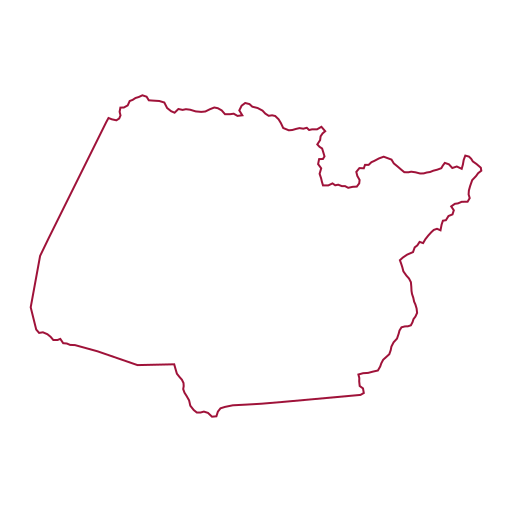 Piritiba, Bahia, Brazil
{"feature_id": "56859067B29838999059805", "entity_name": "Piritiba", "entity_type": "district", "adm_level": 2, "iso_a3": "BRA", "parent_name": "Brazil", "parent_adm1": "Bahia", "projection": "albers", "projection_center": [-40.538, -11.695], "detail": "fine", "context": "isolated", "style": "outline", "palette": "rose", "viewbox_px": 512, "rotation_deg": 0, "n_neighbors": 0, "source": "geoboundaries", "source_scale": "gbopen_adm2", "svg_char_len": 3129}
<svg xmlns="http://www.w3.org/2000/svg" viewBox="0 0 512 512"><path d="M135.5,98.0L132.6,99.9L129.7,101.0L127.7,105.4L123.9,107.5L120.4,107.6L119.6,111.8L120.5,115.4L119.2,118.5L116.4,120.3L111.8,119.3L108.5,118.0L106.3,122.0L48.7,238.1L40.1,255.9L30.7,307.3L36.2,329.5L39.1,332.9L42.9,332.3L47.4,334.2L50.6,336.8L53.3,340.0L57.5,340.0L60.3,338.9L63.2,343.2L66.8,343.5L70.1,344.9L75.0,345.1L97.5,351.3L137.5,365.1L174.2,364.3L175.4,368.6L176.9,373.7L179.6,377.1L181.9,379.7L183.5,383.0L183.7,386.1L183.2,389.1L184.5,392.7L186.6,396.0L189.1,400.4L190.3,405.7L193.7,410.0L196.8,412.5L200.6,412.5L203.9,411.6L208.0,412.9L212.0,416.7L216.4,416.3L217.9,411.6L220.5,408.3L225.0,406.9L232.8,405.3L246.3,404.6L258.5,403.9L261.7,403.7L281.9,402.0L360.5,394.9L363.8,393.0L363.0,388.4L359.7,386.0L359.2,381.4L359.3,378.0L358.4,374.5L363.1,373.2L368.1,372.9L373.0,371.6L377.9,370.5L380.2,366.5L381.3,363.3L383.2,359.7L386.0,357.2L389.3,354.2L390.7,350.2L391.4,346.6L393.6,342.3L397.0,338.6L398.7,333.6L399.5,330.5L401.5,327.3L404.9,326.4L407.9,326.3L410.9,325.3L412.5,322.2L413.5,319.1L415.4,316.6L417.1,312.9L416.6,308.5L415.4,304.5L414.1,301.6L413.3,297.8L412.0,293.9L411.5,290.8L411.3,286.7L410.9,282.2L409.0,278.5L406.4,275.6L403.4,271.4L402.3,267.2L401.1,263.5L399.9,260.2L402.9,257.5L407.2,254.6L413.0,252.1L414.7,247.4L417.3,245.4L419.6,241.9L423.1,243.1L425.3,239.3L428.3,235.5L431.4,232.1L433.8,229.9L437.0,228.8L440.5,230.3L441.6,224.6L442.9,220.7L445.9,220.2L448.5,216.0L452.5,214.4L453.8,210.3L451.2,206.4L454.9,203.8L457.9,203.4L461.7,201.8L467.6,201.7L469.7,198.1L468.6,194.4L468.9,190.4L470.1,186.1L472.2,180.1L476.1,176.0L478.1,173.2L481.3,170.7L480.8,167.7L476.5,164.0L472.8,161.4L471.2,158.8L469.0,156.6L465.3,155.6L463.7,159.9L462.9,164.5L461.7,168.8L456.8,166.5L452.3,168.0L448.9,164.3L444.8,162.9L442.8,165.6L441.3,168.2L437.2,169.7L433.3,170.7L430.1,172.0L426.8,172.5L423.7,173.4L420.1,173.5L415.5,172.3L411.2,171.7L408.2,172.3L404.3,172.2L401.4,169.8L397.7,166.6L393.8,163.4L391.5,159.6L388.0,158.3L383.7,156.7L379.0,158.4L374.3,160.9L371.4,162.2L368.6,164.9L365.0,164.9L363.8,168.3L359.4,168.1L356.3,171.9L357.3,175.9L359.6,180.0L359.2,183.4L356.8,186.6L352.8,186.8L348.2,187.8L345.0,186.1L341.8,186.1L338.2,184.7L335.2,185.3L332.5,183.4L328.3,185.4L323.0,185.4L321.9,181.7L321.1,178.3L319.6,173.8L321.2,168.3L318.1,164.1L319.1,159.1L322.9,159.0L324.5,156.4L323.2,152.0L322.1,148.5L319.5,146.8L317.3,144.4L320.1,140.1L320.6,136.3L322.6,133.4L325.2,131.2L321.4,126.8L317.1,129.3L312.2,129.3L309.1,130.0L306.8,127.8L303.3,128.7L299.5,128.1L296.1,128.9L292.3,130.0L288.8,130.3L283.2,128.0L280.9,123.1L278.6,119.3L275.2,116.0L272.1,115.3L268.7,115.8L265.3,113.6L262.5,110.6L257.6,108.0L252.3,106.7L249.5,104.1L245.2,103.0L241.6,105.7L239.3,110.4L242.3,115.3L237.5,115.9L233.7,113.7L230.0,114.2L225.0,114.2L221.7,110.4L217.8,108.2L214.3,107.5L210.0,109.2L205.3,111.5L201.3,111.9L195.7,111.4L190.1,109.7L185.9,109.2L182.6,109.9L178.4,109.0L174.6,112.7L171.1,111.2L167.1,108.0L164.3,102.5L159.3,101.0L152.9,100.6L148.8,100.3L146.6,96.7L142.4,95.3L138.8,97.0L135.5,98.0Z" fill="none" stroke="#9f1239" stroke-width="2"/></svg>